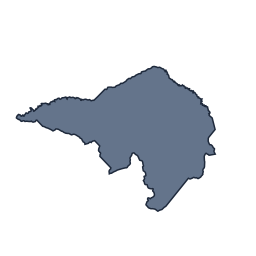 Santa Clara, Pastaza, Ecuador (Mercator projection), rotated 226°
{"feature_id": "8360857B98127475553098", "entity_name": "Santa Clara", "entity_type": "district", "adm_level": 2, "iso_a3": "ECU", "parent_name": "Ecuador", "parent_adm1": "Pastaza", "projection": "mercator", "projection_center": [-77.834, -1.262], "detail": "fine", "context": "isolated", "style": "filled", "palette": "slate", "viewbox_px": 256, "rotation_deg": 226, "n_neighbors": 0, "source": "geoboundaries", "source_scale": "gbopen_adm2", "svg_char_len": 5743}
<svg xmlns="http://www.w3.org/2000/svg" viewBox="0 0 256 256"><g transform="rotate(226 128 128)"><path d="M213.0,59.0L213.6,58.9L213.8,58.6L213.8,56.9L213.2,55.2L212.7,54.7L210.3,55.1L209.4,55.8L207.1,55.8L206.6,56.2L205.8,58.0L205.3,58.3L204.3,58.4L203.2,59.9L201.9,60.9L200.5,62.2L200.2,63.1L200.0,63.3L199.0,63.3L198.5,63.6L197.9,64.1L197.0,65.9L197.4,67.3L197.0,67.9L188.5,67.8L187.2,68.7L185.2,69.3L183.5,70.3L179.9,71.6L178.0,72.0L177.3,74.2L177.4,75.5L176.5,76.3L175.3,77.1L171.8,78.0L171.0,78.6L169.5,78.8L167.5,79.6L166.1,80.7L165.1,81.7L162.4,82.5L162.0,83.1L161.6,84.2L160.5,85.2L159.6,85.6L155.0,86.8L153.8,86.5L153.1,86.9L152.5,87.0L152.0,87.0L150.6,86.4L149.8,86.4L149.3,86.1L148.1,86.5L147.5,86.5L146.9,86.3L146.2,85.7L144.5,88.8L144.5,90.4L143.9,91.2L143.1,91.5L143.3,92.1L143.1,93.5L142.5,94.4L142.1,95.2L134.7,95.2L133.3,92.4L132.3,91.2L131.5,90.9L130.8,91.0L130.1,90.8L129.4,91.0L129.0,90.8L128.6,90.4L128.3,89.5L127.1,88.1L111.3,88.0L111.2,87.7L110.6,87.2L110.6,85.6L110.3,84.7L109.8,84.1L108.0,82.7L107.6,83.9L106.9,84.8L106.4,87.2L105.5,89.6L105.2,91.0L103.1,95.1L101.2,98.4L100.4,99.3L100.2,100.0L100.6,101.5L100.5,104.0L100.7,104.6L101.0,105.2L102.8,106.4L103.2,107.2L103.5,107.6L104.6,108.2L105.2,108.9L105.9,111.8L106.9,113.4L106.1,114.9L105.5,115.1L103.8,115.0L102.5,115.5L101.0,115.6L97.2,114.2L96.5,114.1L95.2,115.0L94.7,115.2L94.1,115.2L93.2,114.8L91.3,113.5L90.2,113.0L89.9,112.8L89.9,111.5L86.7,109.3L86.4,109.3L85.5,109.6L84.1,109.6L83.2,109.2L81.4,107.8L81.3,107.5L82.0,106.2L82.0,105.9L80.0,104.7L79.7,103.8L79.5,102.5L79.1,102.4L78.1,102.3L76.4,101.3L75.7,101.1L75.2,101.2L74.4,102.0L73.7,102.3L72.1,101.3L70.7,101.0L69.7,101.4L68.0,102.5L67.4,103.5L66.8,103.8L66.3,103.4L65.8,102.2L65.4,102.0L63.9,102.0L62.5,101.3L61.9,100.9L61.0,99.9L61.0,98.1L61.2,97.1L61.6,96.3L61.6,95.0L63.0,94.5L63.7,94.0L63.8,93.5L63.3,92.7L61.8,92.3L61.6,92.0L61.8,90.6L60.5,87.8L60.2,87.6L59.2,87.4L58.0,87.6L57.0,87.3L56.1,87.4L54.0,88.4L52.8,89.7L51.0,91.0L49.8,91.3L47.6,91.6L47.2,92.2L47.1,93.2L45.8,95.8L45.8,99.1L45.4,100.7L49.9,136.5L48.4,137.1L48.1,137.4L47.3,139.4L47.0,140.7L46.7,141.1L45.4,141.7L44.7,142.7L43.2,143.1L42.8,143.5L42.2,146.2L42.5,147.5L42.5,148.8L42.8,149.9L43.4,150.0L44.2,151.7L45.4,152.3L45.9,152.9L46.2,153.4L46.4,155.0L46.9,156.0L50.4,159.7L51.3,160.2L54.3,162.8L54.8,163.4L55.6,165.4L55.6,166.6L54.0,166.9L53.3,167.3L52.4,167.3L51.8,167.8L48.6,172.6L51.4,173.5L52.0,174.2L52.2,174.9L53.2,175.9L54.0,175.7L54.8,175.7L56.3,176.2L57.6,176.2L58.4,176.0L59.1,175.3L59.4,175.3L60.2,175.4L62.8,176.5L64.8,178.6L65.2,179.5L66.4,189.6L76.7,195.5L79.2,195.3L79.7,195.2L80.8,195.2L81.4,196.0L82.2,196.1L82.2,196.4L81.8,197.1L82.2,197.7L83.3,198.1L84.7,197.9L86.1,198.8L87.2,199.2L87.6,199.8L88.3,199.7L89.3,198.9L89.5,199.4L89.7,199.5L90.0,199.4L90.2,199.2L90.6,198.2L91.6,198.7L91.8,198.3L91.8,197.3L92.1,197.9L92.5,197.5L92.9,198.1L93.5,198.3L93.6,197.8L94.4,198.1L94.9,197.2L96.2,198.8L95.7,199.3L95.7,199.6L96.3,199.6L96.4,200.0L96.6,200.2L96.8,199.8L97.0,199.7L97.5,201.3L97.7,201.1L98.0,200.4L98.7,200.6L99.7,200.1L100.7,200.1L100.9,199.7L101.4,200.3L102.1,199.7L103.3,199.9L104.0,200.5L105.1,200.3L106.9,200.7L107.5,200.5L107.7,200.2L108.0,199.2L108.4,199.3L108.9,200.6L109.5,200.7L109.9,199.9L110.8,199.7L110.8,199.1L112.4,198.5L113.6,198.5L113.3,199.5L113.5,199.6L114.9,198.2L115.4,198.5L115.7,198.4L116.6,196.9L116.9,196.9L117.2,197.6L117.3,197.8L118.9,197.1L119.7,197.6L120.3,197.0L121.2,197.0L121.1,196.1L121.2,195.8L121.8,195.5L122.0,194.9L122.3,194.7L123.1,194.9L123.7,194.8L123.8,194.7L123.2,193.9L123.4,193.8L124.7,193.8L125.7,194.1L126.6,193.8L127.8,193.7L128.0,193.6L129.2,193.9L129.4,193.8L129.1,193.1L129.3,193.0L132.1,193.4L132.7,192.8L133.4,192.8L135.3,192.3L137.7,193.8L138.9,193.9L139.5,193.6L139.9,194.4L141.6,195.0L141.8,195.0L142.6,193.9L142.9,194.0L143.0,195.3L143.3,195.4L143.9,194.3L145.8,194.5L146.7,193.9L149.7,193.0L150.8,191.4L152.1,190.9L154.1,189.6L154.7,188.8L155.1,188.0L154.9,186.7L155.4,185.0L155.7,184.4L156.5,183.7L156.9,181.2L156.8,180.3L158.3,178.0L158.9,176.8L158.9,176.4L158.2,175.2L158.5,174.6L159.3,173.8L159.6,173.2L160.6,170.0L160.5,169.0L160.7,168.2L161.8,166.6L161.9,165.8L161.8,164.1L163.0,163.2L163.4,161.0L163.1,159.3L163.4,157.4L164.0,154.9L165.1,154.0L165.1,151.9L166.2,149.5L166.5,148.6L166.4,146.9L168.1,144.9L169.1,144.3L170.6,142.7L171.3,141.7L170.6,139.8L170.8,139.1L171.4,138.9L171.9,138.4L171.6,127.8L171.6,122.6L172.1,122.4L173.2,120.4L175.1,120.1L175.7,119.0L176.5,118.3L178.0,117.7L179.1,116.2L179.2,115.5L179.9,114.9L180.6,114.7L180.3,113.9L180.4,113.5L180.7,113.3L181.6,113.9L184.7,112.9L185.1,111.9L185.8,111.8L185.6,110.7L185.8,110.4L186.1,110.3L186.9,110.4L188.3,109.8L189.5,108.0L190.8,107.7L191.1,106.9L192.0,105.3L191.8,104.9L191.3,104.6L191.1,104.3L191.7,104.2L192.9,104.9L193.5,104.7L194.6,102.6L195.5,101.6L195.4,100.4L195.8,99.1L196.2,99.0L197.1,99.2L197.5,99.0L197.7,98.4L198.2,97.7L198.0,96.4L198.8,95.6L199.3,94.7L199.0,94.2L198.0,93.7L199.4,92.9L199.6,92.5L199.6,91.6L200.3,90.7L200.1,88.6L199.4,88.4L199.3,88.1L200.1,88.0L200.0,87.1L200.2,86.7L201.2,87.1L202.1,86.2L202.9,86.2L204.2,84.3L205.6,83.0L205.7,82.5L204.5,82.2L204.3,81.9L204.6,80.9L205.3,80.4L205.3,80.2L204.7,80.1L205.3,79.5L205.2,79.2L204.7,79.2L206.1,78.6L206.2,78.4L205.8,78.0L205.1,77.7L205.4,76.2L205.0,75.5L205.0,75.2L205.7,74.9L205.2,73.6L205.4,72.1L205.5,71.9L205.7,72.0L206.5,72.5L207.4,72.3L209.2,72.4L209.9,72.2L210.5,71.6L210.4,71.4L208.9,71.1L207.7,70.3L207.6,70.0L207.6,69.5L208.4,68.0L208.5,67.7L208.1,67.0L208.1,66.1L208.4,65.7L209.5,65.3L209.7,64.9L209.2,63.3L209.3,62.4L208.8,61.4L209.2,61.1L209.9,61.5L210.4,61.4L210.4,59.8L210.6,59.4L210.9,59.3L211.7,59.6L212.1,59.6L213.0,59.0Z" fill="#64748b" stroke="#1e293b" stroke-width="1.5"/></g></svg>